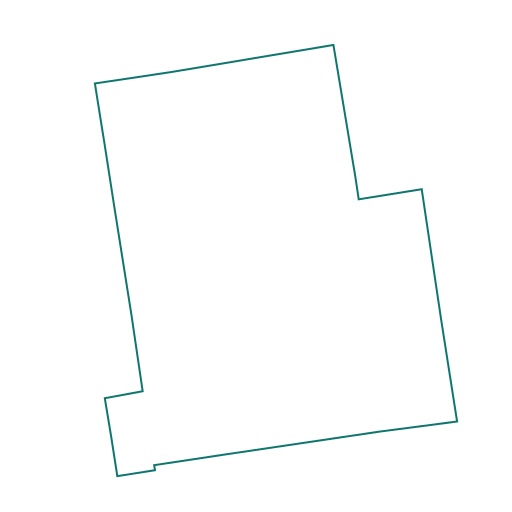 Searcy, Arkansas, United States of America, rotated 260°
{"feature_id": "52423323B68160313903633", "entity_name": "Searcy", "entity_type": "district", "adm_level": 2, "iso_a3": "USA", "parent_name": "United States of America", "parent_adm1": "Arkansas", "projection": "robinson", "projection_center": [-92.707, 35.917], "detail": "fine", "context": "isolated", "style": "outline", "palette": "teal", "viewbox_px": 512, "rotation_deg": 260, "n_neighbors": 0, "source": "geoboundaries", "source_scale": "gbopen_adm2", "svg_char_len": 409}
<svg xmlns="http://www.w3.org/2000/svg" viewBox="0 0 512 512"><g transform="rotate(260 256 256)"><path d="M450.4,368.9L451.9,203.9L453.9,127.3L406.1,126.5L392.0,126.3L329.3,125.0L219.6,123.1L142.5,120.9L142.2,82.4L102.8,82.0L63.3,81.2L62.6,119.3L67.7,119.4L65.9,191.4L61.6,347.4L58.1,425.3L162.0,427.3L293.0,430.8L294.0,367.0L317.1,367.6L450.4,368.9Z" fill="none" stroke="#0f766e" stroke-width="2"/></g></svg>